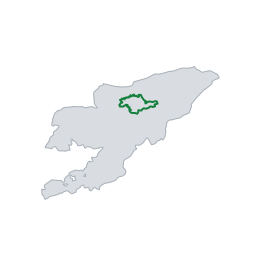 Kochkor, Naryn, Kyrgyzstan (highlighted), rotated 342°
{"feature_id": "92254566B91475700804664", "entity_name": "Kochkor", "entity_type": "district", "adm_level": 2, "iso_a3": "KGZ", "parent_name": "Kyrgyzstan", "parent_adm1": "Naryn", "projection": "mercator", "projection_center": [75.232, 42.072], "detail": "fine", "context": "in_parent", "style": "outline", "palette": "green", "viewbox_px": 256, "rotation_deg": 342, "n_neighbors": 0, "source": "geoboundaries", "source_scale": "gbopen_adm2", "svg_char_len": 5527}
<svg xmlns="http://www.w3.org/2000/svg" viewBox="0 0 256 256"><g transform="rotate(342 128 128)"><path d="M57.8,152.9L58.4,152.5L60.4,152.1L64.3,151.7L65.6,152.0L68.3,153.6L70.3,153.4L70.7,153.7L71.5,155.0L74.3,153.0L76.4,152.4L77.4,150.4L79.6,148.0L81.5,147.7L81.5,148.0L81.9,148.4L83.8,148.9L84.4,148.3L84.7,147.4L84.0,146.1L84.0,145.5L84.6,144.6L87.7,145.9L88.4,145.9L89.8,145.2L91.1,143.9L91.5,142.9L97.8,139.5L98.3,138.9L98.2,138.5L95.6,137.7L94.4,138.2L93.3,138.2L92.6,137.7L89.4,137.5L88.7,137.1L86.6,134.7L83.9,133.2L82.7,133.3L81.1,133.9L80.7,133.6L80.5,131.4L80.2,130.0L79.3,129.7L78.2,130.2L74.9,129.5L74.5,126.6L73.3,124.1L71.6,123.1L71.6,121.6L71.0,120.9L70.5,121.1L69.8,121.9L70.1,123.5L69.9,125.2L69.5,126.1L68.7,126.7L67.9,126.7L66.4,125.9L66.2,130.9L65.9,131.2L64.2,130.5L62.8,130.8L60.7,130.5L59.1,129.7L56.0,128.7L54.6,127.8L53.7,124.4L52.8,123.2L52.0,122.9L48.8,124.1L45.4,122.0L43.8,121.6L43.3,120.9L43.4,120.2L48.5,116.4L50.5,113.7L51.8,112.6L55.0,111.4L55.7,109.0L56.0,108.7L59.2,107.6L62.9,105.4L62.9,104.8L62.6,104.3L59.3,102.4L57.6,103.3L56.6,102.1L56.6,101.0L57.7,99.0L58.7,98.0L59.0,96.1L60.4,94.8L61.7,92.7L63.4,91.1L66.5,89.8L68.2,90.2L69.8,89.9L72.3,88.9L73.8,88.8L80.2,90.4L82.3,90.5L87.3,92.5L91.2,93.5L93.1,95.4L99.3,96.3L101.0,96.9L101.6,97.8L103.4,99.0L104.9,99.2L103.6,94.6L104.1,91.8L106.1,84.2L107.1,83.1L112.2,81.0L113.4,79.4L117.0,79.4L117.8,79.1L118.2,78.2L129.5,84.9L133.8,86.7L139.7,88.5L144.7,89.0L145.5,88.6L147.5,86.0L148.5,85.9L160.9,86.4L169.8,85.0L171.1,85.1L174.4,86.5L184.9,87.0L189.0,87.9L195.5,87.6L198.3,87.8L203.3,89.6L205.0,90.0L208.2,90.3L209.5,90.0L210.2,90.4L210.9,92.8L214.0,95.8L215.1,97.4L216.2,98.0L222.0,98.5L224.2,99.1L229.6,104.7L230.3,108.0L229.7,108.7L224.0,109.1L222.7,109.6L221.3,112.0L213.7,115.0L212.6,114.9L202.3,120.5L195.3,125.1L195.0,127.3L190.9,132.4L187.8,133.0L185.1,132.9L180.8,134.5L175.3,133.9L173.4,134.0L169.7,133.3L168.3,133.7L166.7,134.7L164.6,138.8L163.7,139.7L163.3,140.6L163.0,142.6L162.2,144.6L160.3,147.8L158.8,149.2L157.3,150.1L156.2,148.2L154.3,149.6L152.6,149.3L151.5,149.7L149.1,151.3L145.4,151.3L145.0,150.7L144.3,146.1L143.7,144.0L143.2,143.5L142.5,143.4L137.3,147.0L134.9,147.7L133.0,147.8L130.4,146.7L129.8,147.0L129.4,147.5L129.2,148.3L129.9,150.3L129.7,150.7L128.6,150.7L126.9,151.2L122.0,155.4L118.8,156.5L115.9,156.9L114.2,157.7L113.2,159.2L111.3,163.5L111.3,164.4L112.1,165.6L112.7,168.2L112.6,168.9L111.0,171.0L109.0,171.7L107.5,172.0L104.5,171.7L102.9,172.1L100.1,173.8L97.8,174.1L93.4,174.1L89.1,173.5L87.6,173.7L83.8,174.7L82.5,176.2L81.8,177.6L81.4,177.8L79.9,176.5L78.0,174.3L77.0,174.4L73.6,176.2L73.1,176.1L72.1,175.4L72.2,172.6L71.1,172.0L68.8,171.9L68.0,171.3L68.2,169.5L68.0,168.8L67.3,168.3L66.1,168.4L63.7,169.9L60.8,170.4L59.8,170.9L58.7,172.9L54.9,173.3L53.7,172.9L51.3,169.2L49.4,168.7L47.3,168.8L44.6,169.7L43.9,169.0L43.2,168.7L42.6,169.4L39.2,169.5L35.8,169.4L33.9,169.0L32.6,169.0L30.1,170.0L27.0,170.2L26.7,166.8L25.7,164.5L26.7,160.7L27.2,159.5L29.5,160.9L30.3,160.6L30.5,159.9L30.2,158.2L31.3,156.3L39.4,153.8L48.4,157.5L49.6,159.9L50.4,159.8L51.6,158.7L52.0,156.7L53.8,155.5L57.6,154.1L57.8,152.9ZM62.4,161.3L62.6,161.0L61.9,159.2L62.9,157.5L61.0,157.3L60.1,156.8L59.1,155.1L58.7,155.0L58.2,155.5L57.9,156.6L58.1,157.8L59.4,158.9L58.8,161.2L61.5,161.5L62.4,161.3ZM53.1,162.9L53.0,162.4L52.4,162.2L49.0,161.5L49.1,162.0L50.4,163.8L51.4,163.9L53.1,162.9ZM73.1,159.9L73.3,158.8L71.3,159.5L71.0,160.0L71.7,160.7L72.6,160.9L73.1,159.9Z" fill="#d9dde1" stroke="#a8b0b8" stroke-width="1"/><path d="M129.2,99.0L129.2,99.5L129.6,100.0L130.0,100.7L130.5,101.6L130.5,101.8L130.3,102.0L129.9,102.1L129.3,102.0L129.0,102.1L128.4,102.3L128.1,102.5L127.3,103.5L127.1,103.7L126.9,103.7L127.1,105.2L130.4,106.2L131.2,105.7L133.5,105.3L134.6,105.9L134.6,106.9L133.9,107.2L134.6,108.4L135.7,108.7L135.2,109.8L135.1,110.4L136.0,110.9L136.2,111.6L135.3,111.6L134.8,111.9L134.8,112.0L134.8,112.8L135.8,114.6L138.1,115.5L139.0,115.8L141.2,117.2L142.2,116.5L143.4,114.4L146.2,115.5L147.4,114.6L148.6,114.2L149.2,114.2L151.3,115.3L152.2,115.2L154.4,115.1L155.1,114.5L156.4,114.5L157.3,115.0L158.0,115.7L160.4,115.7L160.6,113.9L163.6,113.9L163.7,112.5L163.5,111.6L162.5,111.0L159.5,110.9L156.3,109.3L154.3,109.4L152.9,110.1L152.3,109.9L152.4,108.6L153.7,108.6L151.7,106.2L150.6,102.5L150.6,100.8L149.4,100.0L148.2,99.9L148.1,101.5L147.2,101.6L145.5,99.9L144.6,99.8L144.3,99.1L144.2,98.6L143.9,98.7L143.8,98.8L143.7,98.9L143.5,99.0L143.4,99.0L143.4,98.9L143.3,99.0L143.1,99.0L143.1,98.9L142.9,98.8L142.7,98.9L142.6,98.7L142.5,98.4L142.6,98.2L142.4,98.1L142.2,98.3L142.0,98.6L141.9,98.6L141.7,98.6L141.4,98.6L141.2,98.7L140.9,98.6L140.7,98.6L140.6,98.8L140.4,98.9L140.2,98.7L140.1,98.4L139.9,98.3L139.9,98.2L139.8,98.3L139.7,98.3L139.6,98.5L139.4,98.6L139.2,98.7L138.9,98.7L138.8,98.8L138.7,98.7L138.6,98.8L138.4,98.9L138.2,98.9L138.2,99.0L137.9,99.0L137.6,99.1L137.5,98.9L137.3,98.8L137.2,98.7L136.9,98.7L136.7,98.7L136.4,98.6L136.3,98.8L136.2,98.8L135.9,98.8L135.7,98.8L135.6,98.7L135.4,98.6L135.2,98.5L135.2,98.4L134.9,98.4L134.8,98.5L134.7,98.6L134.5,98.8L134.5,98.7L134.5,98.8L134.4,98.9L134.3,99.0L134.3,98.9L134.2,98.9L134.1,99.0L133.9,98.9L133.9,99.0L133.7,99.0L133.5,98.9L133.4,98.7L133.3,98.4L133.2,98.4L132.9,98.6L132.7,98.6L132.5,98.8L132.3,98.9L132.1,98.9L131.8,98.7L131.8,98.8L131.8,98.7L131.7,98.7L131.4,98.6L131.2,98.7L131.1,98.8L130.9,98.8L130.7,98.8L130.7,98.7L130.5,98.8L130.4,98.8L130.2,98.8L129.9,98.9L129.7,98.9L129.4,98.9L129.2,98.9L129.2,99.0Z" fill="none" stroke="#15803d" stroke-width="2"/></g></svg>